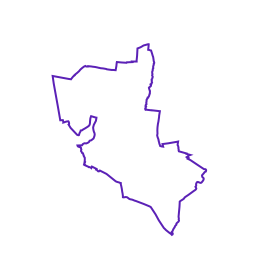 outline of Holboca, Iasi, Romania, rotated 20°
{"feature_id": "2599482B94460909484624", "entity_name": "Holboca", "entity_type": "district", "adm_level": 2, "iso_a3": "ROU", "parent_name": "Romania", "parent_adm1": "Iasi", "projection": "robinson", "projection_center": [27.678, 47.181], "detail": "fine", "context": "isolated", "style": "outline", "palette": "violet", "viewbox_px": 256, "rotation_deg": 20, "n_neighbors": 0, "source": "geoboundaries", "source_scale": "gbopen_adm2", "svg_char_len": 5709}
<svg xmlns="http://www.w3.org/2000/svg" viewBox="0 0 256 256"><g transform="rotate(20 128 128)"><path d="M129.2,56.2L128.9,55.5L127.3,52.6L126.5,51.7L125.2,49.9L123.2,47.3L122.5,47.4L121.5,47.4L120.2,47.6L119.4,44.3L118.9,42.6L118.8,42.2L118.7,42.2L117.8,42.7L115.6,44.3L114.8,44.8L113.9,45.7L113.0,46.9L111.8,48.2L109.7,50.0L111.8,56.9L112.6,60.0L112.9,61.3L113.4,62.6L109.7,63.9L109.9,64.0L110.0,64.2L110.0,64.4L104.4,66.7L104.3,67.2L99.3,68.7L95.0,69.8L95.1,70.7L95.9,73.8L96.4,76.7L96.6,77.9L93.9,78.6L93.5,78.8L93.0,79.0L89.4,79.8L87.8,80.1L87.3,80.0L84.4,80.5L81.7,81.2L80.5,81.3L79.6,81.5L79.1,81.5L76.3,81.9L73.3,82.6L73.0,82.6L69.5,83.5L69.6,83.8L68.1,84.4L67.4,84.5L66.7,84.3L65.7,85.3L64.9,86.5L64.4,87.3L63.5,88.9L63.1,89.8L62.6,91.3L61.8,92.8L61.5,93.4L60.1,95.7L59.6,96.7L59.8,96.8L58.9,98.3L58.8,98.5L58.5,99.4L57.9,101.2L57.8,101.7L55.4,102.2L39.4,104.9L43.1,111.8L55.1,132.4L61.7,143.9L64.1,142.9L65.3,144.6L65.4,144.8L65.4,145.0L65.6,144.9L67.1,143.6L68.4,142.7L69.7,142.1L70.1,142.4L70.8,143.3L71.2,144.1L71.3,144.7L71.0,145.1L74.0,147.5L82.5,151.8L83.4,151.8L84.0,151.7L84.3,151.5L84.3,151.2L84.2,149.4L84.3,148.7L84.5,147.5L84.4,146.5L85.7,145.8L86.4,144.6L86.8,144.2L87.5,143.4L89.7,140.6L90.6,139.1L90.7,138.8L90.8,137.8L90.7,137.0L90.5,136.1L90.1,134.9L89.4,132.1L89.3,131.0L89.3,129.5L94.4,129.2L94.8,129.1L95.1,130.3L95.2,131.4L95.4,132.1L95.1,134.5L94.8,136.7L94.9,137.6L95.0,139.2L95.4,140.2L96.1,141.5L96.8,142.6L97.5,143.5L98.3,144.3L99.0,145.7L99.2,147.1L99.2,149.7L98.4,150.9L98.0,151.6L97.7,152.1L96.5,152.9L96.3,153.1L96.1,154.5L95.4,155.5L94.9,156.0L94.0,156.8L92.4,157.2L92.1,157.4L91.7,157.9L91.2,158.4L91.0,158.7L90.9,159.3L90.9,159.5L90.7,160.0L86.5,161.7L86.9,162.2L87.5,162.5L89.5,162.5L89.9,162.4L90.1,162.4L90.5,162.6L90.9,163.4L91.5,164.1L91.5,164.3L91.5,164.7L91.7,165.3L91.7,165.7L91.8,165.8L92.5,166.2L93.3,167.1L93.6,167.2L94.2,167.1L94.4,167.2L95.3,168.6L95.6,168.7L96.0,169.2L96.1,169.6L97.5,170.7L97.6,170.9L98.4,173.0L98.7,174.3L98.8,174.6L99.1,174.6L99.0,175.5L99.3,175.5L99.2,177.1L99.2,177.4L100.1,177.4L100.1,177.7L104.2,178.0L104.5,178.2L105.2,177.9L106.5,177.9L107.2,178.2L107.3,176.6L112.4,177.2L112.3,178.0L113.1,178.0L113.9,178.5L114.8,178.9L115.5,178.7L116.1,177.6L122.7,178.4L123.4,178.5L124.1,178.7L134.7,182.3L136.0,182.4L138.7,182.2L138.9,182.3L140.1,182.2L140.4,183.2L140.9,184.0L141.5,184.8L143.0,187.3L144.5,190.1L145.2,191.2L146.3,193.3L146.9,194.8L147.6,194.7L149.6,193.6L150.2,193.5L150.7,193.4L151.2,193.5L153.5,194.2L154.5,194.2L156.3,193.9L157.7,193.9L158.9,194.0L160.2,193.9L168.6,194.0L173.4,194.2L175.2,194.3L176.4,194.5L176.7,194.7L183.4,199.7L188.5,204.2L195.9,209.7L197.8,210.5L198.2,210.8L203.2,212.5L204.3,212.7L206.6,213.8L206.2,213.5L206.1,213.2L206.3,212.4L206.1,211.8L205.8,211.5L204.8,211.3L204.6,211.1L204.6,210.8L205.0,210.1L205.1,209.7L205.2,207.7L205.5,206.2L205.8,205.4L205.7,204.4L206.2,202.9L206.5,202.5L206.5,202.2L206.2,201.4L206.3,200.9L207.0,199.5L207.4,198.9L207.5,198.4L207.6,197.6L207.5,197.4L207.0,196.8L206.9,196.5L206.8,195.9L206.6,195.4L205.9,194.2L205.2,191.6L203.4,184.7L202.8,182.7L201.9,179.8L201.8,179.6L201.9,179.3L202.1,178.8L204.1,176.2L204.5,175.5L204.8,175.1L204.9,174.1L205.5,173.1L207.7,170.1L211.4,164.6L212.5,163.1L212.8,162.3L212.9,161.6L212.8,161.4L212.5,161.0L211.5,160.2L211.6,159.9L211.8,159.2L211.7,158.5L211.2,157.6L211.1,156.7L211.2,156.1L211.3,155.7L211.4,155.3L211.7,155.1L212.1,154.8L212.4,154.8L214.5,154.8L215.1,154.7L215.5,154.4L215.7,154.1L215.9,153.7L216.5,151.8L216.6,151.5L216.6,150.2L216.3,149.4L215.6,149.0L214.8,148.7L214.5,148.5L213.8,147.4L213.8,146.9L213.9,146.6L214.6,144.9L215.1,143.3L215.6,142.6L216.0,142.3L216.0,141.7L215.9,141.0L215.7,140.7L215.1,140.3L214.7,140.3L213.6,140.6L213.2,140.6L206.1,138.9L198.0,136.9L196.1,136.6L195.5,136.6L194.6,136.5L195.1,135.5L193.6,135.3L193.8,134.9L193.4,134.9L194.0,134.1L194.1,133.9L194.2,133.4L195.8,132.0L191.8,132.3L191.8,131.9L183.8,132.5L183.2,131.7L183.0,130.9L182.4,130.1L182.2,129.3L181.7,128.6L181.5,128.1L181.2,127.7L180.6,127.2L180.4,127.0L179.7,123.6L179.1,124.0L171.1,128.6L165.9,131.3L167.4,133.5L165.9,133.8L164.4,133.9L163.9,133.2L162.9,132.1L162.1,130.8L161.4,129.9L161.2,129.4L160.7,128.8L160.6,128.4L160.0,127.7L158.9,126.4L158.1,125.2L157.9,124.9L157.8,124.4L157.7,123.4L156.4,120.2L155.7,118.0L155.4,116.9L154.7,113.8L154.4,111.6L154.3,111.2L153.4,106.9L153.1,106.0L152.2,101.3L144.3,103.2L144.3,103.3L138.3,104.7L138.2,104.8L137.9,104.5L137.7,104.3L137.6,103.9L137.5,103.7L137.8,103.1L137.6,102.9L137.6,102.6L137.5,102.4L137.6,102.2L137.6,101.9L137.7,101.6L137.3,101.2L137.0,101.2L137.0,100.9L136.8,100.6L136.9,100.4L136.9,99.7L137.2,99.2L136.7,98.4L136.5,98.1L136.5,97.4L136.4,96.9L136.2,96.6L136.2,96.1L135.9,95.5L135.8,95.1L135.9,94.6L136.1,94.0L136.0,93.7L136.1,93.1L136.3,92.9L136.2,92.8L136.1,92.6L136.3,92.4L136.6,92.2L136.6,91.6L136.8,91.1L136.8,90.6L136.8,90.1L136.7,89.4L136.7,89.1L136.6,88.9L136.8,88.3L136.4,87.2L136.3,86.6L136.1,86.3L136.0,85.7L135.7,85.5L134.9,84.5L134.7,84.2L133.9,83.1L134.0,82.6L134.2,82.2L134.5,81.9L134.9,81.3L135.0,81.1L135.1,80.9L135.1,80.3L135.0,80.1L134.8,79.9L134.5,79.8L134.2,79.4L134.2,79.2L134.9,78.8L135.0,78.3L134.8,77.9L134.8,77.2L135.0,77.0L134.3,76.0L134.3,75.5L134.2,75.3L133.9,75.1L133.7,74.7L133.6,74.2L133.9,73.6L133.9,73.3L133.7,72.2L133.8,71.7L133.6,71.2L132.7,70.4L132.6,69.8L132.6,69.0L132.0,68.2L131.7,67.4L131.5,67.0L131.5,66.9L131.6,66.4L131.5,66.1L131.5,65.7L131.5,65.4L131.5,65.2L131.4,65.0L131.1,64.3L131.1,64.0L131.3,63.6L131.3,63.2L131.0,62.8L130.9,62.2L130.7,61.9L130.5,60.6L130.5,60.0L130.6,59.8L130.2,59.0L130.2,58.7L130.4,58.5L130.4,58.0L130.2,57.7L130.2,57.4L129.2,56.2Z" fill="none" stroke="#5b21b6" stroke-width="2"/></g></svg>